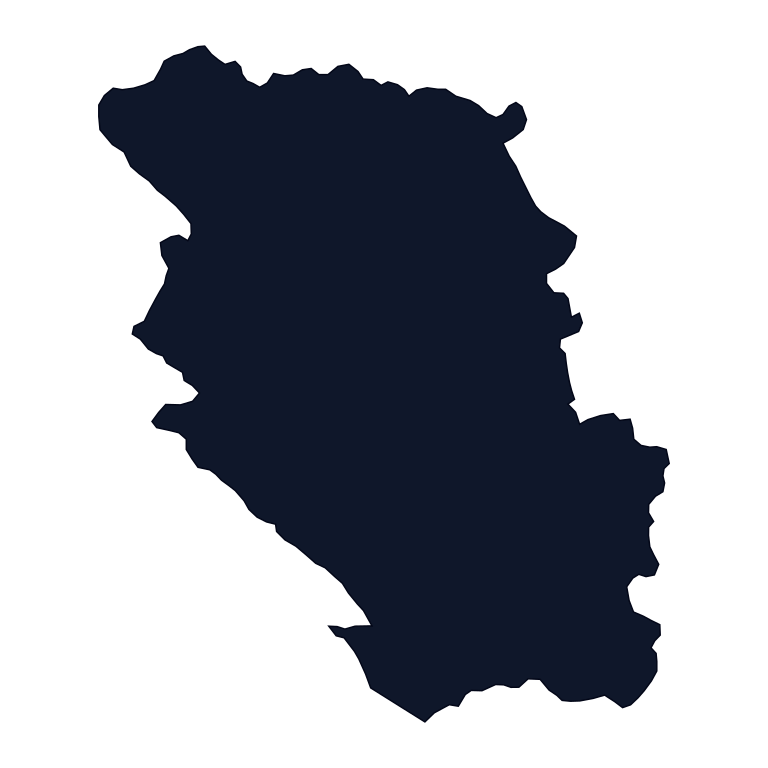 the district of Taquarituba, São Paulo, Brazil
{"feature_id": "56859067B69954779789207", "entity_name": "Taquarituba", "entity_type": "district", "adm_level": 2, "iso_a3": "BRA", "parent_name": "Brazil", "parent_adm1": "São Paulo", "projection": "albers", "projection_center": [-49.233, -23.534], "detail": "fine", "context": "isolated", "style": "filled", "palette": "ink", "viewbox_px": 768, "rotation_deg": 0, "n_neighbors": 0, "source": "geoboundaries", "source_scale": "gbopen_adm2", "svg_char_len": 2977}
<svg xmlns="http://www.w3.org/2000/svg" viewBox="0 0 768 768"><path d="M622.6,707.6L630.6,704.8L637.9,697.9L644.1,690.8L651.4,680.9L656.8,671.0L656.8,661.5L656.1,653.4L651.0,647.8L654.8,640.7L660.2,635.1L659.8,624.7L651.0,620.4L643.5,616.3L633.5,612.0L629.1,600.5L626.7,586.8L632.8,578.1L638.8,574.3L646.0,576.6L654.4,574.9L658.7,564.3L653.6,554.7L649.8,546.8L648.5,535.6L648.6,527.1L653.6,521.5L648.5,512.8L648.7,504.4L655.5,496.2L662.9,491.7L664.6,483.0L662.9,475.9L664.0,468.6L669.2,463.5L666.2,449.5L656.7,446.7L649.8,447.2L641.0,445.4L633.8,439.2L632.6,428.1L630.1,419.2L619.6,420.4L613.3,413.6L600.5,415.6L588.0,419.6L579.6,424.3L575.6,412.3L567.9,404.1L574.5,399.3L571.6,390.6L569.5,382.5L567.6,372.6L566.2,363.0L565.1,353.5L559.5,347.9L560.4,339.1L578.6,331.5L582.3,322.8L579.3,313.2L571.4,317.2L568.0,298.6L563.6,293.3L553.9,292.8L546.5,283.4L546.5,273.7L555.6,269.1L563.7,263.5L574.5,247.5L576.5,236.0L564.4,226.1L548.6,217.7L540.7,211.7L535.6,206.1L530.9,197.7L520.6,177.0L515.8,166.2L509.2,156.2L503.0,143.2L512.7,137.9L523.2,129.5L526.5,119.6L521.8,106.6L515.9,102.5L509.0,106.1L503.0,114.5L496.1,117.7L487.0,113.5L478.6,105.6L470.1,100.5L455.8,96.2L445.7,89.3L438.0,89.3L427.1,87.8L416.5,90.1L408.9,96.2L404.4,89.6L397.5,84.7L387.9,81.9L381.1,85.4L373.4,79.7L363.1,79.1L358.0,71.5L348.9,64.3L337.9,66.4L328.0,74.6L318.8,74.6L311.2,68.5L302.3,69.8L293.3,75.1L284.8,75.8L273.6,73.5L267.3,83.0L259.7,87.3L253.0,83.5L246.8,81.0L242.1,74.2L240.6,67.0L235.1,61.4L225.0,64.4L218.3,59.9L211.4,54.3L204.7,46.1L197.9,46.7L189.5,49.7L183.0,53.5L173.8,55.9L164.2,61.2L160.6,69.1L154.1,80.6L145.0,84.8L133.6,88.2L122.3,89.7L113.2,88.2L104.4,95.5L98.8,105.0L98.8,116.5L100.0,129.7L105.4,136.2L112.4,144.5L124.1,152.0L130.8,166.3L139.5,173.9L149.3,181.0L157.4,190.3L165.1,196.2L176.1,205.8L183.6,214.2L191.0,223.6L191.3,234.0L187.8,240.7L178.9,235.3L171.0,236.8L160.4,242.7L161.9,255.5L168.9,268.3L166.2,275.8L164.5,283.9L160.1,291.0L155.4,299.4L149.5,310.4L144.3,321.3L134.0,326.4L132.3,334.0L140.3,339.1L148.4,349.1L156.4,353.6L163.1,355.9L166.7,363.0L174.3,367.5L182.5,372.3L184.2,380.5L192.3,385.4L199.5,393.0L192.6,401.3L180.5,404.9L165.7,404.5L158.7,412.4L152.0,421.5L156.7,427.6L169.5,430.4L178.8,432.7L186.3,439.2L186.3,449.5L192.2,459.1L198.0,467.3L209.8,469.8L215.9,474.3L221.5,480.2L228.5,485.3L235.3,490.6L244.1,500.8L249.0,509.5L257.2,517.2L266.5,521.9L275.6,524.2L276.6,531.5L285.0,539.9L295.9,546.2L306.2,554.9L315.7,563.3L325.2,567.8L334.6,576.5L342.4,583.3L348.5,593.1L357.4,604.0L363.5,610.6L372.0,625.9L355.1,626.2L344.9,629.1L337.2,626.6L328.8,626.2L336.2,635.8L344.1,637.8L354.4,651.3L358.8,658.9L365.6,674.0L370.7,687.9L424.9,721.9L434.3,712.8L442.4,708.4L449.3,704.7L458.3,706.2L465.3,694.5L471.2,690.4L482.0,690.7L495.6,684.5L503.7,684.8L510.9,687.3L518.9,687.2L528.1,678.8L540.1,679.3L549.1,690.1L556.8,695.3L562.1,700.4L570.5,701.2L579.8,700.9L593.1,698.4L604.6,695.1L614.8,701.7L622.6,707.6Z" fill="#0f172a" stroke="#020617" stroke-width="1.5"/></svg>